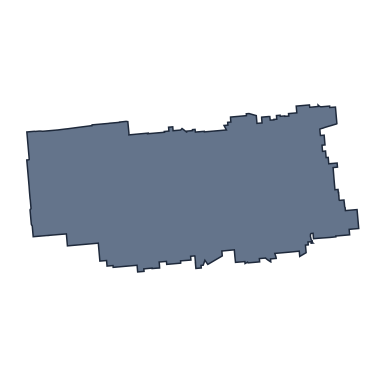 Dowerin, Western Australia, Australia, rotated 265°
{"feature_id": "25037944B58207809126055", "entity_name": "Dowerin", "entity_type": "district", "adm_level": 2, "iso_a3": "AUS", "parent_name": "Australia", "parent_adm1": "Western Australia", "projection": "robinson", "projection_center": [117.124, -31.113], "detail": "fine", "context": "isolated", "style": "filled", "palette": "slate", "viewbox_px": 384, "rotation_deg": 265, "n_neighbors": 0, "source": "geoboundaries", "source_scale": "gbopen_adm2", "svg_char_len": 4753}
<svg xmlns="http://www.w3.org/2000/svg" viewBox="0 0 384 384"><g transform="rotate(265 192 192)"><path d="M264.1,342.3L264.2,336.6L265.6,336.6L265.6,336.4L265.6,335.7L265.6,334.2L265.6,332.1L265.6,330.0L265.6,328.1L265.7,327.8L265.8,327.4L265.8,327.2L266.0,326.9L266.2,326.6L266.4,326.4L266.6,326.1L267.6,325.2L266.2,325.2L266.1,316.7L268.5,316.6L268.5,303.3L261.7,303.3L261.7,295.0L259.2,295.0L259.3,291.0L259.7,291.0L259.7,286.5L260.8,286.5L260.8,282.8L257.1,282.8L257.2,279.9L256.7,279.9L256.8,276.2L259.4,276.1L260.4,276.1L260.5,275.1L260.5,272.7L260.5,271.6L260.5,270.2L260.5,268.5L260.5,267.9L259.3,267.8L257.3,267.8L255.9,267.8L254.7,267.8L254.7,262.7L262.5,262.7L262.6,262.4L262.7,262.2L263.6,259.8L265.1,255.9L265.2,255.6L265.2,254.8L265.2,254.7L265.2,252.9L263.3,252.9L263.3,246.3L263.3,240.6L263.3,236.9L261.5,236.8L259.3,236.8L258.3,236.8L258.3,233.6L255.5,233.6L255.5,229.7L253.8,230.4L251.5,231.4L250.8,231.7L250.8,220.6L250.8,209.5L251.4,209.5L251.4,205.5L251.4,203.7L251.4,200.6L254.1,200.5L254.1,197.9L253.1,197.9L253.1,191.9L252.2,191.9L252.2,191.7L252.3,191.6L252.6,191.4L252.9,191.1L253.9,190.0L254.4,189.5L254.8,189.1L255.1,188.7L255.4,188.4L256.1,187.6L254.7,186.1L254.7,178.5L258.6,178.5L258.6,174.3L254.7,174.3L254.7,169.8L254.7,169.7L253.9,169.8L253.9,153.0L254.5,153.3L254.4,134.1L256.0,134.3L267.7,134.2L268.1,132.5L268.0,128.1L268.0,126.0L267.7,126.0L267.7,123.6L267.7,115.8L267.7,115.4L267.6,115.1L267.6,98.3L266.7,98.0L266.8,97.7L266.8,97.3L266.8,97.0L266.3,84.4L265.8,73.3L265.8,72.0L265.6,66.2L265.5,64.0L265.5,58.9L265.5,56.2L265.5,48.3L265.6,48.1L265.9,46.3L266.0,45.3L266.0,41.3L266.0,41.1L266.2,40.3L266.2,40.1L266.2,35.8L266.2,32.7L263.2,32.7L256.0,32.7L244.4,32.7L242.7,32.7L238.7,32.7L238.3,32.3L238.3,30.2L225.8,30.2L223.6,30.2L221.1,30.2L212.1,30.2L205.7,30.1L199.1,30.1L198.7,30.2L190.0,30.2L189.8,30.2L189.7,30.2L189.4,30.1L189.2,30.0L189.1,29.9L189.0,29.6L188.8,29.5L188.7,29.3L188.4,29.2L188.2,29.1L187.8,29.1L178.6,29.1L173.9,29.1L173.6,29.2L173.4,29.2L173.3,29.3L173.1,29.4L172.9,29.5L172.6,29.6L172.3,29.8L172.1,29.9L171.9,29.9L171.7,29.9L170.5,29.9L162.7,29.9L161.3,29.9L161.3,43.3L161.2,45.3L161.3,45.3L161.3,45.6L161.2,63.2L149.2,63.2L149.2,80.9L149.2,88.3L149.2,94.2L139.7,94.2L131.2,94.2L131.2,100.9L130.0,100.9L125.6,100.9L125.6,106.9L123.8,106.9L123.8,112.6L123.8,130.9L119.7,130.9L117.1,130.9L117.1,132.2L117.1,134.8L117.1,136.6L117.1,137.3L119.6,137.3L119.7,145.6L119.2,145.6L119.2,150.1L119.1,153.1L121.8,153.2L123.7,153.2L125.1,153.2L125.1,160.5L122.1,160.5L122.1,169.0L122.1,174.5L122.6,174.6L124.4,174.6L124.3,185.0L128.1,185.0L128.1,185.5L128.1,189.2L128.0,189.3L121.2,189.3L121.2,189.2L118.1,189.2L115.5,189.2L115.5,192.2L115.5,192.3L115.5,194.6L118.1,194.6L118.1,196.7L118.1,196.8L122.9,198.9L118.5,201.4L119.0,202.5L125.7,216.6L130.6,216.6L130.7,229.1L124.1,229.1L118.1,229.2L118.1,232.2L118.1,238.6L116.1,238.6L117.3,241.3L116.5,241.7L116.5,246.2L116.5,246.9L116.5,253.3L119.8,253.3L119.8,259.4L119.7,259.4L119.7,259.5L118.5,260.7L117.4,261.9L116.5,263.1L116.1,263.6L116.0,263.8L115.8,264.0L115.6,264.2L115.5,264.4L115.8,264.4L118.5,264.4L118.5,267.5L118.5,270.1L119.9,270.0L123.6,269.1L123.6,271.4L123.6,277.3L123.6,283.8L123.7,293.7L118.4,293.7L121.6,300.4L126.1,300.4L129.2,300.4L129.2,303.2L132.1,303.2L132.1,306.2L130.6,306.2L130.6,308.1L131.1,307.6L132.4,307.5L133.0,307.5L133.9,306.6L137.5,306.1L138.4,306.2L139.7,306.4L140.0,306.7L140.3,307.1L140.3,309.0L140.2,309.0L134.9,309.0L134.9,309.3L134.9,313.5L134.9,314.3L134.7,325.4L134.8,331.4L135.6,331.4L135.6,339.9L135.6,345.3L141.1,345.3L141.1,354.9L141.8,354.9L148.8,354.9L149.1,354.9L158.7,354.9L160.1,354.9L160.1,343.2L161.1,343.2L162.6,343.2L162.9,343.2L163.0,343.2L163.3,343.1L163.5,343.0L163.8,342.9L164.0,342.8L166.4,342.8L167.8,342.8L169.5,342.7L170.8,342.7L170.8,342.1L170.8,340.5L170.8,339.4L170.8,338.6L170.8,338.3L170.9,338.2L171.0,338.0L171.3,337.9L172.0,337.9L172.9,337.9L173.1,337.9L175.5,338.0L175.5,337.9L178.7,338.0L178.7,337.9L178.7,337.7L181.8,337.7L181.8,334.6L188.9,334.6L192.6,334.6L204.0,334.7L204.1,339.1L208.2,339.1L208.2,330.7L214.6,330.7L214.6,328.6L221.2,328.6L221.1,325.6L227.3,325.6L227.3,328.6L230.2,328.6L233.4,328.6L233.7,328.6L235.1,328.6L237.1,328.6L237.1,324.9L239.3,324.8L240.7,324.8L242.1,324.8L243.5,324.8L243.9,326.2L244.2,328.0L244.7,329.7L244.9,330.7L245.2,332.1L245.7,334.5L246.1,336.6L246.3,337.6L246.5,338.5L246.7,339.4L246.9,340.4L247.0,341.0L247.1,341.3L247.1,341.5L247.2,341.9L247.3,342.1L247.4,342.3L248.3,342.3L248.5,342.3L249.0,342.3L250.3,342.3L251.0,342.3L252.6,342.3L254.0,342.3L255.2,342.3L255.7,342.3L255.9,342.3L256.3,342.3L256.9,342.3L258.6,342.3L259.5,342.3L261.1,342.3L262.3,342.3L264.0,342.3L264.1,342.3Z" fill="#64748b" stroke="#1e293b" stroke-width="1.5"/></g></svg>